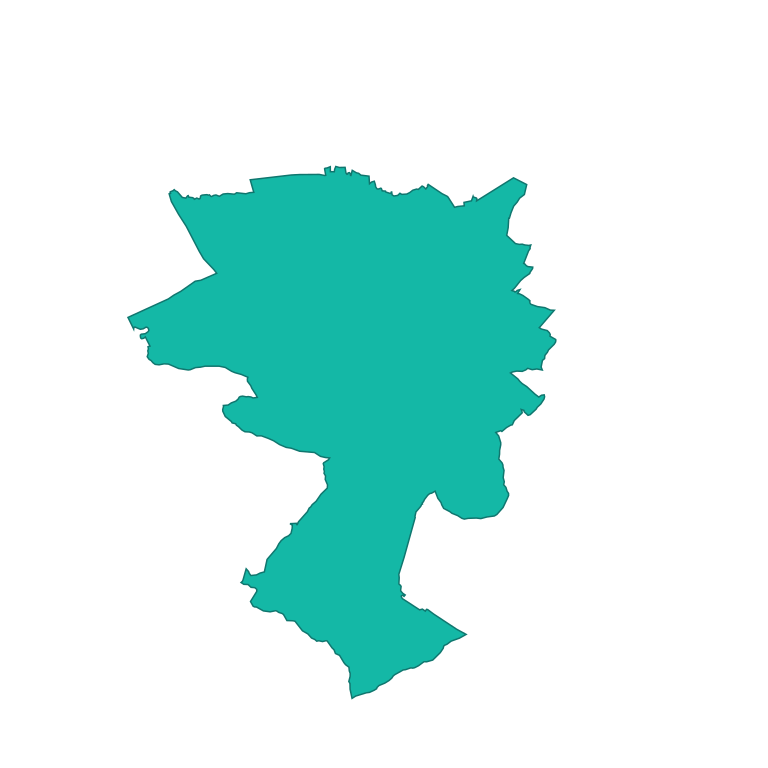 Scorteni, Prahova, Romania (Equal Earth projection), rotated 153°
{"feature_id": "2599482B36968704227514", "entity_name": "Scorteni", "entity_type": "district", "adm_level": 2, "iso_a3": "ROU", "parent_name": "Romania", "parent_adm1": "Prahova", "projection": "equal_earth", "projection_center": [25.859, 45.105], "detail": "fine", "context": "isolated", "style": "filled", "palette": "teal", "viewbox_px": 768, "rotation_deg": 153, "n_neighbors": 0, "source": "geoboundaries", "source_scale": "gbopen_adm2", "svg_char_len": 6171}
<svg xmlns="http://www.w3.org/2000/svg" viewBox="0 0 768 768"><g transform="rotate(153 384 384)"><path d="M490.6,643.1L490.0,628.5L488.6,614.2L488.4,586.2L487.9,577.5L483.7,563.4L482.8,558.6L500.1,559.6L505.6,561.3L523.1,558.8L530.8,558.6L537.6,557.7L581.9,559.6L582.1,546.6L581.2,548.0L580.0,547.8L576.3,543.4L573.5,542.5L570.2,542.7L569.3,542.0L568.7,540.6L569.2,538.5L570.5,537.7L573.9,537.2L577.7,538.6L578.9,538.2L579.7,536.4L579.8,535.0L579.3,534.3L577.2,533.8L575.3,534.3L575.3,532.9L575.3,524.0L577.3,524.4L578.0,522.2L579.4,520.8L580.1,518.3L582.6,515.8L582.1,512.5L580.9,510.7L580.2,507.8L579.0,505.4L575.7,503.2L570.8,501.8L567.0,499.6L559.9,491.0L552.1,485.4L550.2,484.7L544.5,484.2L539.8,482.3L535.3,481.1L522.9,474.8L517.9,470.8L514.0,464.5L511.6,461.7L506.8,457.3L502.2,451.8L503.5,450.5L504.4,448.4L503.5,443.1L503.7,440.1L502.9,432.1L503.0,429.6L507.0,431.0L508.4,432.8L510.8,434.5L512.4,435.0L515.5,437.4L517.7,438.1L519.0,438.0L520.8,436.8L523.9,436.0L528.7,436.5L532.4,436.0L536.9,437.8L537.3,436.7L539.3,434.5L540.0,432.9L540.2,427.1L537.0,419.8L537.0,418.3L534.2,415.9L534.2,414.3L533.0,412.0L531.5,407.5L529.6,404.6L525.8,402.4L523.8,400.5L520.9,395.5L516.8,393.5L511.8,388.1L508.1,383.5L504.6,377.5L499.9,371.9L495.9,369.0L489.7,362.4L477.0,354.5L473.5,348.4L469.6,345.1L466.0,342.8L467.9,341.7L473.4,341.2L474.3,340.6L474.9,337.5L476.3,335.5L476.8,333.2L478.0,331.6L477.8,328.7L479.7,325.6L480.1,319.8L481.8,317.0L490.2,314.4L497.8,310.3L502.8,309.1L505.0,307.8L507.0,307.4L510.2,305.0L522.7,300.1L525.0,298.2L525.4,298.1L525.5,298.5L524.9,298.8L524.8,299.4L530.6,302.0L530.9,301.7L529.8,299.8L531.4,297.0L534.7,293.1L537.9,292.1L542.2,292.2L546.6,291.2L550.2,289.4L554.5,286.3L567.8,280.8L575.9,270.9L580.2,271.8L584.3,271.8L589.6,273.8L590.0,276.4L589.8,278.5L590.7,281.9L598.4,273.6L599.7,272.5L601.5,272.0L599.9,269.2L596.1,267.0L594.8,263.2L591.6,261.2L590.6,258.8L591.5,257.0L601.7,250.8L601.5,245.4L600.5,244.1L598.9,243.2L594.5,236.6L588.9,232.7L583.5,231.2L582.7,230.5L581.5,228.3L578.9,225.7L578.2,224.2L577.9,217.3L572.5,214.3L571.0,213.0L568.7,201.1L565.3,195.9L563.9,190.6L561.6,187.7L560.7,185.4L558.6,184.8L555.7,182.4L552.2,181.6L551.3,180.8L550.1,172.5L549.2,169.9L549.6,165.9L546.8,162.4L546.2,153.8L545.7,151.4L543.8,147.6L545.2,144.1L545.5,141.6L546.9,138.9L550.4,134.9L550.3,132.6L552.8,127.4L555.2,118.4L550.9,118.8L540.0,116.9L536.9,115.8L531.9,115.6L529.0,115.8L527.9,116.8L525.4,117.6L519.0,117.1L514.2,117.5L510.6,118.4L508.5,119.6L506.6,120.1L496.7,120.5L494.5,119.7L489.0,118.9L487.4,117.8L485.5,117.3L481.1,117.3L474.5,118.4L472.0,117.1L465.9,115.9L455.8,119.1L451.3,121.6L449.8,123.3L448.7,123.7L446.1,123.5L440.9,124.4L432.1,123.3L424.5,123.6L430.6,132.5L444.2,156.5L447.5,163.2L448.4,163.9L450.3,162.9L452.0,166.0L454.8,166.6L465.1,184.5L465.1,186.8L464.6,187.4L463.1,187.3L462.6,185.7L460.9,186.4L462.3,189.0L463.0,191.8L462.7,192.9L460.7,195.8L460.7,197.1L461.4,198.6L461.4,199.3L458.4,204.5L457.2,207.7L445.0,220.2L416.8,250.9L416.5,252.0L413.6,255.5L406.8,258.3L405.2,259.6L404.2,259.6L403.9,260.7L402.3,261.2L400.4,262.7L395.6,265.0L393.1,265.6L391.0,265.1L387.1,265.3L387.9,257.6L387.0,252.5L387.4,250.2L387.3,246.0L383.3,240.4L382.2,238.0L378.1,233.3L375.6,229.0L373.8,227.2L370.0,226.1L362.5,222.6L358.8,220.1L352.7,218.8L345.6,216.3L342.7,216.5L334.0,219.9L326.1,226.0L323.6,228.1L322.7,230.0L323.0,232.5L322.3,236.5L323.1,239.9L321.2,242.3L320.3,246.5L316.3,252.5L315.7,255.8L314.8,257.9L314.6,260.1L315.8,265.0L312.9,269.0L311.1,272.4L307.6,276.8L306.6,278.8L305.4,285.7L306.4,290.1L301.2,289.4L300.5,288.2L294.4,289.6L289.8,289.8L288.2,289.4L284.5,292.3L274.1,295.5L273.7,296.1L273.3,299.0L271.3,297.0L271.7,295.7L269.9,290.7L267.7,290.3L259.9,292.5L258.0,293.7L253.4,295.0L248.3,297.9L246.7,299.7L246.2,301.6L248.8,302.5L252.0,302.1L254.2,306.7L258.0,316.9L260.7,321.6L261.8,324.7L262.4,327.7L266.3,336.4L264.1,336.4L259.8,335.2L255.1,332.5L251.3,332.2L248.8,332.7L245.5,329.5L241.0,328.0L236.6,324.6L236.3,327.8L232.1,333.1L229.4,333.7L227.7,336.4L224.0,338.1L221.9,339.7L214.4,342.1L212.2,343.4L211.3,344.5L210.8,345.7L214.4,351.2L213.4,352.7L213.4,354.6L214.3,357.5L218.8,361.5L220.1,363.7L198.8,372.4L202.2,374.3L206.0,379.0L212.1,383.3L216.9,388.3L217.2,389.4L216.9,391.2L216.2,391.7L216.8,393.6L220.1,399.9L222.3,402.8L223.9,404.0L220.0,406.4L222.9,406.9L224.2,406.4L225.5,406.5L225.8,407.4L227.6,409.2L224.3,410.1L215.4,414.1L210.9,415.3L203.9,416.3L203.8,416.8L199.2,419.4L198.4,420.6L202.5,423.3L203.5,424.8L204.1,427.2L204.8,428.0L194.7,437.0L192.4,438.2L191.8,439.5L190.1,441.2L192.0,441.7L195.5,444.0L197.3,445.8L200.1,447.0L203.1,449.4L207.2,460.7L202.4,466.9L197.6,475.1L197.0,474.8L193.2,478.8L187.7,483.6L182.8,485.6L178.8,488.0L172.9,489.1L166.3,496.9L175.0,508.9L218.4,505.1L217.2,506.8L217.2,507.7L219.5,510.1L219.4,510.8L222.9,507.5L230.3,509.5L231.6,506.3L237.7,508.7L240.9,509.4L242.1,521.6L242.5,522.6L245.8,527.1L254.0,541.8L255.1,541.2L255.3,540.2L258.2,538.8L259.2,541.8L260.2,543.1L265.1,541.8L266.5,542.9L270.4,543.6L274.0,542.9L277.5,542.9L282.1,544.9L283.2,546.7L286.2,545.8L289.8,547.0L290.9,548.8L290.0,551.6L290.5,551.7L291.1,550.9L292.0,551.0L295.2,554.2L295.1,555.2L297.9,556.9L297.6,559.4L297.9,559.9L300.7,560.3L301.7,561.2L301.9,563.5L301.2,565.5L300.6,569.1L303.3,569.6L306.0,569.0L303.0,576.0L309.8,580.6L310.9,583.2L312.7,584.7L315.3,588.8L318.8,584.8L319.1,585.0L318.6,586.7L318.8,588.0L320.1,588.4L321.1,587.6L321.8,587.7L322.1,589.3L320.3,594.7L325.5,597.2L328.2,599.7L330.5,597.7L331.9,595.7L335.4,597.5L333.2,602.0L336.6,602.3L338.6,603.0L339.2,602.8L341.2,596.4L342.2,596.7L346.5,600.1L364.5,609.1L371.7,612.3L410.5,626.7L413.0,613.9L416.9,615.5L420.7,616.2L428.5,621.3L431.1,621.0L436.7,624.6L441.1,626.3L445.5,626.0L447.9,628.7L450.2,629.4L452.4,629.3L453.1,629.8L453.7,631.8L454.8,632.0L455.8,633.1L458.8,634.3L460.4,634.9L462.0,634.8L463.4,633.0L464.1,632.7L464.9,632.9L466.4,634.7L469.1,634.7L469.1,635.6L469.9,636.9L473.1,639.1L472.9,640.7L473.6,640.8L476.2,639.6L479.0,641.8L480.8,649.0L482.2,650.9L482.7,652.4L484.2,652.0L487.2,652.3L487.6,651.9L487.7,650.7L489.1,651.0L490.6,643.1Z" fill="#14b8a6" stroke="#0f766e" stroke-width="1.5"/></g></svg>